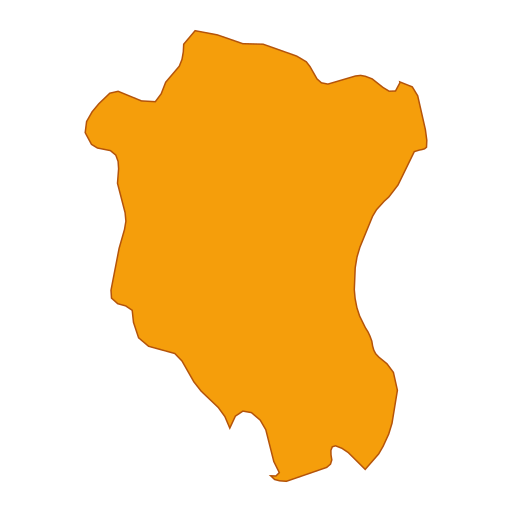 Tây Ninh, Robinson projection
{"feature_id": "VNM-444", "entity_name": "Tây Ninh", "entity_type": "Province", "adm_level": 1, "iso_a3": "VNM", "parent_name": "Vietnam", "parent_adm1": "", "projection": "robinson", "projection_center": [106.175, 11.366], "detail": "fine", "context": "isolated", "style": "filled", "palette": "amber", "viewbox_px": 512, "rotation_deg": 0, "n_neighbors": 0, "source": "natural_earth", "source_scale": "10m", "svg_char_len": 1535}
<svg xmlns="http://www.w3.org/2000/svg" viewBox="0 0 512 512"><path d="M389.1,91.2L395.5,91.0L400.0,82.6L399.8,81.9L412.3,86.9L417.7,95.8L425.4,129.7L426.8,140.3L426.5,147.2L424.6,148.8L421.8,149.6L419.6,150.0L414.3,151.6L398.0,185.0L388.8,197.0L384.2,201.2L376.5,209.7L372.6,216.2L359.9,247.2L357.0,257.0L355.2,267.8L354.3,289.7L355.1,298.5L356.9,307.7L359.6,316.0L365.3,327.6L368.1,332.1L370.0,336.2L371.8,341.1L372.6,346.0L373.8,350.2L375.7,353.8L378.8,357.1L387.0,363.8L393.4,372.4L397.4,390.3L392.0,423.3L388.7,434.1L383.1,446.3L378.7,453.9L365.2,469.4L348.2,452.5L341.9,448.3L335.5,445.8L332.3,446.8L330.9,450.4L331.0,454.9L331.8,459.9L330.5,464.1L326.7,467.4L286.4,481.3L279.6,480.8L274.6,479.5L270.7,475.8L275.9,476.0L279.3,472.6L273.8,461.5L265.8,429.7L260.2,420.1L251.4,412.6L242.9,411.1L235.4,416.1L229.8,428.1L224.9,416.6L218.3,407.5L201.2,391.2L193.9,381.9L182.0,361.0L174.8,353.5L148.6,346.3L138.6,337.8L133.5,322.4L132.2,310.3L125.7,305.9L117.7,303.7L111.5,298.1L111.0,290.2L119.1,248.4L124.5,229.5L125.9,221.2L125.1,212.7L117.5,183.3L118.6,168.8L118.1,161.4L115.8,155.1L110.4,150.6L97.4,148.0L91.5,144.4L86.5,135.1L85.2,132.6L86.6,121.5L92.2,111.7L98.7,103.9L100.1,102.5L109.8,93.2L118.1,91.3L141.4,100.9L155.3,101.7L161.2,93.8L165.7,82.2L179.3,66.2L182.0,59.4L183.3,51.9L183.7,44.2L195.1,30.7L217.4,34.9L242.8,43.7L263.1,44.2L296.7,56.1L306.3,61.8L310.0,66.6L317.0,78.9L321.4,82.8L327.9,84.1L355.4,76.0L360.6,75.4L365.4,76.3L372.2,78.9L382.9,87.4L389.1,91.2Z" fill="#f59e0b" stroke="#b45309" stroke-width="1.5"/></svg>